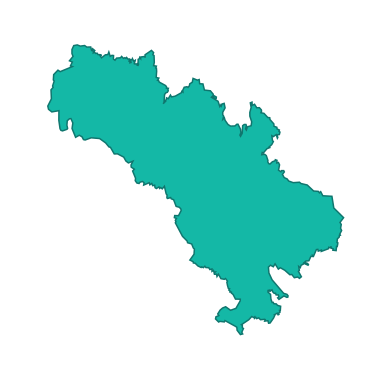 Emiliano Zapata, Veracruz, Mexico, rotated 187°
{"feature_id": "50627088B15654993016577", "entity_name": "Emiliano Zapata", "entity_type": "district", "adm_level": 2, "iso_a3": "MEX", "parent_name": "Mexico", "parent_adm1": "Veracruz", "projection": "equal_earth", "projection_center": [-96.752, 19.457], "detail": "fine", "context": "isolated", "style": "filled", "palette": "teal", "viewbox_px": 384, "rotation_deg": 187, "n_neighbors": 0, "source": "geoboundaries", "source_scale": "gbopen_adm2", "svg_char_len": 5979}
<svg xmlns="http://www.w3.org/2000/svg" viewBox="0 0 384 384"><g transform="rotate(187 192 192)"><path d="M153.2,68.9L149.7,66.2L148.5,67.0L144.1,67.0L143.6,68.4L132.6,64.0L131.0,63.2L130.4,60.3L126.6,56.4L124.4,57.3L125.5,58.9L124.3,62.8L125.5,63.4L125.8,65.9L126.8,66.3L120.1,72.1L117.5,75.7L115.1,74.8L114.7,75.4L114.5,74.3L113.5,75.4L112.4,74.2L110.4,75.2L108.5,73.6L104.3,74.5L103.7,74.2L104.1,72.7L101.0,73.5L100.0,71.1L98.5,71.5L95.7,76.8L94.8,79.7L95.3,80.1L92.7,82.1L91.6,80.6L90.8,81.1L91.4,82.3L90.1,83.2L90.7,85.0L89.9,85.0L90.1,89.4L93.3,89.9L94.7,91.2L97.1,91.1L98.0,92.4L99.0,92.1L100.6,95.3L101.6,100.0L104.4,101.9L104.5,103.6L103.0,104.1L103.1,103.1L102.4,103.0L100.7,104.6L99.4,102.4L98.0,101.4L96.7,101.7L96.0,100.1L93.8,100.4L93.0,98.5L94.1,97.4L92.6,96.0L88.1,100.0L85.0,99.0L84.1,99.3L84.0,100.7L85.3,102.0L88.7,102.6L101.8,114.6L105.8,121.0L107.0,126.8L105.2,128.9L102.2,127.7L100.8,130.8L96.9,126.0L95.1,127.6L90.3,125.6L84.8,121.8L82.9,122.3L80.0,119.4L76.8,120.5L74.8,119.4L73.1,121.2L76.7,126.2L75.9,127.3L77.0,131.1L75.3,130.1L74.8,132.6L72.8,133.9L72.6,134.9L67.9,133.5L67.6,134.2L68.6,135.2L71.8,135.9L70.6,137.3L67.6,138.0L66.1,142.7L64.2,142.7L64.6,143.8L63.5,143.3L61.5,150.0L60.1,150.4L59.5,148.7L56.5,150.1L56.4,148.8L49.7,152.3L49.5,153.8L47.7,153.4L47.4,155.1L46.9,153.2L45.0,152.8L45.1,151.4L41.8,151.4L41.9,155.6L41.2,155.6L41.0,158.3L41.1,159.4L41.9,159.5L42.0,163.2L40.4,165.2L40.4,166.9L39.5,167.2L40.2,168.2L38.8,172.0L40.1,174.1L39.9,178.0L41.4,179.8L38.4,185.0L49.3,193.4L52.6,204.8L61.7,204.2L64.3,208.0L65.4,206.7L66.7,208.0L71.4,207.8L78.5,213.0L84.9,213.7L86.5,214.8L92.7,213.6L97.4,214.7L99.2,216.6L102.2,217.5L104.4,220.5L102.8,223.2L103.6,224.4L105.8,224.1L106.2,222.9L108.8,224.2L108.4,229.6L109.8,231.8L111.4,231.2L111.5,233.8L113.2,234.2L113.3,233.2L115.9,231.8L118.1,229.2L119.3,229.5L120.5,231.1L120.5,232.6L122.7,237.2L124.5,238.3L127.3,237.5L127.1,239.8L125.9,239.5L122.8,244.2L120.3,245.5L121.0,246.0L118.6,248.8L117.4,252.0L118.4,252.9L119.6,257.6L118.0,256.9L115.4,259.2L113.8,255.8L113.5,256.5L114.5,259.1L112.3,259.7L112.0,262.2L113.1,262.8L112.9,264.2L115.2,264.9L115.7,266.6L118.6,267.2L119.1,269.6L123.4,273.4L123.9,275.2L125.9,275.2L130.1,278.8L133.3,279.1L132.8,280.7L133.2,282.0L135.4,283.9L138.0,283.5L140.6,286.7L142.8,285.3L143.4,288.5L145.0,287.6L143.6,283.1L144.3,278.0L143.8,274.3L141.3,268.9L141.4,265.0L145.0,263.4L145.6,260.1L146.6,261.1L146.1,264.6L146.7,265.6L148.4,265.4L149.8,264.0L149.3,256.4L150.6,253.2L151.4,254.3L150.7,256.7L151.5,260.2L154.6,264.9L155.8,264.7L157.4,262.8L161.8,262.1L164.5,263.4L167.9,267.2L168.9,269.5L170.2,267.9L169.8,271.1L170.9,272.4L171.2,274.9L169.4,279.5L170.9,283.9L172.9,283.0L173.4,281.0L174.0,282.0L174.8,280.2L177.2,285.2L184.3,288.4L183.3,289.6L180.2,287.3L179.4,287.8L179.4,289.2L182.7,290.6L182.9,291.7L186.1,294.7L192.1,294.7L194.3,300.6L197.6,300.4L198.6,304.5L200.3,303.7L204.8,304.9L205.1,301.0L207.4,299.1L207.6,297.0L208.7,295.3L209.8,295.9L212.5,295.0L213.6,291.8L213.2,290.1L214.4,290.7L214.7,289.2L220.3,285.1L223.9,283.9L225.2,285.6L226.9,281.7L228.7,282.3L228.8,280.5L230.1,279.2L229.3,278.8L231.4,276.1L230.7,277.5L231.1,285.4L230.1,287.2L228.6,288.0L227.9,289.6L228.4,290.6L228.1,292.0L230.0,291.9L229.9,292.9L231.1,294.4L237.9,297.1L238.8,298.6L239.8,298.6L238.8,301.0L241.5,301.3L241.8,307.5L242.4,310.5L243.1,310.7L242.7,312.6L245.5,312.7L245.2,316.0L246.3,322.8L247.6,323.5L247.1,325.7L249.5,327.6L255.3,322.5L254.8,319.6L255.4,320.8L259.4,319.7L259.2,318.1L260.3,319.2L260.5,317.9L261.6,317.1L261.2,313.6L261.8,312.9L260.7,312.4L260.9,311.1L261.8,311.1L262.1,312.3L264.8,312.2L265.0,312.6L264.4,315.3L264.4,315.8L265.7,314.7L267.4,317.1L267.6,316.0L269.2,315.8L268.3,313.1L269.4,312.7L269.3,314.1L270.4,314.1L270.3,316.4L271.9,316.2L273.3,317.6L274.0,316.6L275.0,317.1L276.3,316.3L278.4,318.0L279.3,316.5L283.2,315.7L284.5,313.4L286.2,314.4L286.5,317.9L288.1,317.9L289.7,316.7L291.6,320.8L292.3,318.1L294.7,317.6L298.1,314.2L299.9,316.1L298.8,316.5L299.1,317.1L302.2,317.0L303.1,318.2L304.7,317.8L305.8,319.0L306.9,318.1L306.9,319.4L305.8,320.6L308.0,322.0L308.1,320.1L308.9,320.2L310.2,323.6L314.1,323.0L316.4,324.3L320.6,323.2L323.8,324.0L327.2,322.9L328.5,318.8L328.0,314.7L326.6,312.1L329.6,307.3L326.6,306.4L328.0,302.4L326.0,301.9L337.5,295.4L339.9,296.6L343.6,291.7L343.3,286.3L342.3,285.4L343.3,280.2L342.6,278.9L344.4,276.2L342.9,267.3L345.6,259.7L344.5,256.6L340.9,254.4L334.0,256.5L332.9,246.9L330.7,238.7L329.6,237.2L327.9,236.9L323.7,239.0L323.2,240.0L324.3,243.0L324.5,247.5L322.6,249.7L321.1,250.1L318.7,246.0L318.8,240.4L314.2,232.1L310.8,234.6L307.9,233.4L306.1,230.8L304.4,230.6L298.7,233.5L290.2,233.8L283.7,230.2L279.9,226.6L278.4,226.4L273.8,220.3L270.6,220.8L264.0,218.3L261.4,214.7L258.7,213.1L254.4,215.4L255.8,211.4L255.4,209.3L252.0,207.6L253.5,205.6L249.7,198.8L249.7,196.3L247.8,194.2L245.6,194.0L244.8,195.4L242.4,196.4L240.7,195.4L240.8,193.0L235.6,196.0L234.7,194.0L233.0,195.6L231.8,193.5L229.9,194.2L229.2,191.8L227.8,191.1L225.4,193.0L224.5,191.6L223.6,192.6L221.9,191.5L220.1,194.3L217.4,187.0L216.4,186.0L216.2,183.1L215.4,182.6L212.5,183.9L211.8,182.7L209.3,182.1L206.0,175.8L202.7,175.3L201.0,173.8L200.5,172.3L202.5,166.9L206.3,166.5L206.4,164.4L204.2,163.9L205.1,161.8L204.3,160.5L204.8,159.4L196.0,146.8L190.8,142.7L190.2,141.1L186.0,140.4L183.9,136.6L182.7,135.8L182.4,130.5L185.8,124.2L182.3,122.9L182.0,121.7L180.2,121.7L177.1,119.3L173.7,118.2L173.2,118.9L171.5,118.3L170.2,119.9L169.0,118.7L166.2,118.9L164.8,117.2L162.8,118.0L162.5,115.7L161.2,116.8L160.5,115.3L159.1,115.5L160.1,114.1L159.7,113.1L157.7,113.4L156.9,111.2L155.8,113.7L152.7,109.5L149.3,109.3L148.2,110.2L145.9,107.9L146.4,106.7L145.4,103.6L144.2,100.8L142.9,100.5L143.5,99.2L142.1,98.2L142.2,97.4L140.7,97.4L140.7,96.6L138.7,95.3L135.8,91.0L131.0,91.5L130.9,89.8L134.2,81.9L139.3,79.3L144.6,82.2L147.5,80.6L149.7,78.2L151.6,74.1L150.3,72.6L153.0,71.1L153.2,68.9Z" fill="#14b8a6" stroke="#0f766e" stroke-width="1.5"/></g></svg>